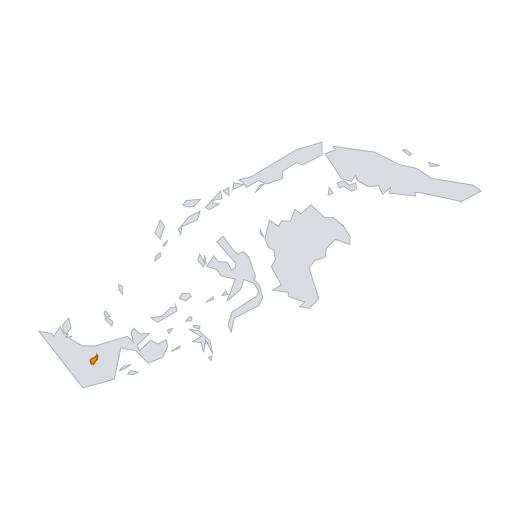 location of Lanny Jaya, Papua, Indonesia, rotated 142°
{"feature_id": "22746128B21145180666794", "entity_name": "Lanny Jaya", "entity_type": "district", "adm_level": 2, "iso_a3": "IDN", "parent_name": "Indonesia", "parent_adm1": "Papua", "projection": "natural_earth1", "projection_center": [138.324, -3.957], "detail": "fine", "context": "in_parent", "style": "filled", "palette": "amber", "viewbox_px": 512, "rotation_deg": 142, "n_neighbors": 0, "source": "geoboundaries", "source_scale": "gbopen_adm2", "svg_char_len": 5061}
<svg xmlns="http://www.w3.org/2000/svg" viewBox="0 0 512 512"><g transform="rotate(142 256 256)"><path d="M175.1,207.5L183.4,220.3L195.8,218.7L202.2,212.7L213.1,216.2L221.6,213.8L232.8,183.6L246.4,182.0L252.8,189.2L245.9,189.9L255.4,204.3L252.8,207.5L264.1,219.0L253.9,217.7L250.6,238.3L242.8,241.3L238.4,249.5L241.1,255.2L238.2,264.3L223.4,275.8L220.0,265.5L214.0,267.9L207.6,262.2L196.4,269.0L194.8,261.7L181.1,262.5L178.4,243.9L171.5,238.7L168.5,225.9L169.8,213.4L175.1,207.5ZM38.5,168.5L60.5,172.5L88.4,205.7L91.8,208.4L93.4,205.0L112.2,223.5L107.6,227.4L118.3,226.6L116.1,236.2L124.9,241.3L129.5,252.9L127.7,258.4L134.8,256.1L141.0,264.1L138.6,293.9L128.0,290.7L127.7,294.9L98.5,264.7L86.3,238.9L75.3,226.0L70.0,209.3L41.6,178.5L38.5,168.5ZM473.5,258.6L473.5,330.3L464.3,320.2L465.3,317.2L453.7,320.6L455.6,313.4L452.3,309.7L453.4,309.2L455.3,309.5L456.4,309.1L450.9,306.3L453.4,305.4L448.5,292.4L438.4,284.3L406.9,271.9L405.6,263.5L401.5,272.8L396.8,274.5L395.3,266.1L387.8,260.6L404.3,258.7L406.4,253.0L391.0,254.5L387.4,247.0L378.5,245.5L381.0,239.3L391.8,233.7L406.9,238.0L409.0,255.3L419.1,266.9L443.4,246.2L473.5,258.6ZM320.4,218.9L309.5,226.5L279.3,224.0L275.6,226.9L274.4,236.0L280.2,244.9L288.8,239.0L306.5,238.4L286.7,250.5L295.7,261.9L295.3,269.7L301.3,278.2L289.1,282.3L289.3,274.9L282.4,268.6L283.9,260.1L280.1,259.2L276.4,262.3L278.1,291.4L269.8,291.7L270.3,274.3L268.8,268.5L263.1,267.3L262.3,259.8L269.1,239.8L272.3,239.3L271.2,230.8L276.4,219.1L284.1,215.2L311.2,220.5L322.5,211.3L320.4,218.9ZM141.7,295.0L163.2,299.1L166.6,304.7L183.2,306.4L187.0,300.6L203.3,306.2L207.9,314.2L221.2,315.7L221.1,322.5L223.0,326.5L210.3,321.2L159.5,315.0L134.1,305.2L141.7,295.0ZM347.4,220.5L356.6,212.5L352.5,221.7L358.6,227.5L348.9,226.5L354.0,239.7L347.1,232.5L344.6,217.3L350.4,205.6L347.4,220.5ZM351.9,261.4L374.5,264.3L376.8,272.3L367.6,266.5L355.0,267.8L351.3,264.6L349.1,268.4L351.9,261.4ZM300.8,324.7L284.3,328.3L272.6,325.7L280.1,320.6L296.5,324.9L302.0,319.2L300.8,324.7ZM253.0,319.6L264.2,321.3L266.1,325.4L244.0,329.1L247.5,322.0L255.1,326.0L257.6,324.5L253.0,319.6ZM321.1,328.4L321.6,336.4L309.2,343.5L309.7,335.8L321.1,328.4ZM140.9,248.2L144.0,257.0L148.4,258.2L147.0,263.7L140.6,261.0L138.5,253.9L132.3,252.3L135.4,247.2L140.9,248.2ZM450.3,321.0L441.9,322.3L446.0,313.2L452.5,311.3L454.6,314.6L450.3,321.0ZM274.6,333.2L279.8,337.0L282.2,341.2L277.1,342.7L264.7,334.8L274.6,333.2ZM339.2,263.9L342.7,269.9L337.6,272.0L331.5,267.5L331.8,264.0L339.2,263.9ZM221.8,319.8L233.6,322.5L228.4,327.4L221.8,319.8ZM240.2,320.2L242.0,327.8L235.1,326.7L240.2,320.2ZM161.7,259.5L156.0,265.2L156.4,258.1L161.7,259.5ZM412.6,289.6L414.0,299.2L411.4,299.6L409.1,292.7L412.6,289.6ZM217.9,306.5L208.9,309.4L205.1,307.8L217.9,306.5ZM304.2,280.0L304.3,288.6L299.2,292.2L301.1,280.7L304.2,280.0ZM55.5,214.1L63.6,219.1L62.6,223.6L55.5,214.1ZM75.4,249.4L72.2,247.6L70.7,240.5L73.2,240.3L75.4,249.4ZM381.9,318.0L380.1,314.5L384.8,308.2L384.7,313.9L381.9,318.0ZM372.5,230.6L381.8,233.0L371.3,232.1L372.5,230.6ZM315.9,248.1L324.4,250.5L315.1,250.3L315.9,248.1ZM300.2,284.2L295.7,288.4L299.7,280.7L300.2,284.2ZM420.3,237.0L425.2,237.8L429.8,241.9L425.4,242.8L420.3,237.0ZM338.9,314.3L335.8,317.4L329.4,317.8L331.0,314.3L338.9,314.3ZM412.3,300.8L410.3,305.3L408.1,305.1L408.3,298.0L412.3,300.8ZM351.5,248.1L345.8,248.9L344.2,247.3L346.6,244.5L351.5,248.1ZM421.2,247.4L428.1,248.1L434.7,249.7L428.4,250.7L421.2,247.4ZM301.5,242.9L307.3,245.8L301.3,247.3L301.5,242.9ZM355.9,205.3L352.1,204.5L355.8,201.2L355.9,205.3ZM316.0,322.6L322.3,320.0L323.1,321.6L316.0,322.6ZM372.4,248.5L371.4,252.4L366.6,250.4L369.0,249.2L372.4,248.5ZM238.9,271.3L236.4,274.0L238.4,265.7L238.9,271.3ZM345.9,233.3L348.9,238.7L347.7,239.6L343.3,235.3L345.9,233.3Z" fill="#d9dde1" stroke="#a8b0b8" stroke-width="1"/><path d="M451.0,271.5L451.0,271.4L451.0,271.2L451.0,270.9L450.9,270.9L450.6,270.9L450.3,270.9L450.2,270.9L449.9,271.0L449.7,271.1L449.4,271.2L449.2,271.2L449.0,271.4L449.0,271.5L448.9,271.5L448.7,271.5L448.5,271.4L448.4,271.4L448.2,271.4L448.1,271.5L447.9,271.7L447.8,271.8L447.6,271.9L447.4,272.0L447.2,272.1L446.8,272.1L446.6,272.1L446.4,272.1L446.1,272.1L445.7,272.1L445.3,272.1L445.0,272.3L444.8,272.4L444.8,272.5L444.7,272.6L444.7,272.8L444.7,273.0L444.7,273.3L444.6,273.5L444.3,273.5L444.0,273.6L443.9,273.6L443.7,273.6L443.2,273.9L443.0,274.0L442.9,274.0L442.7,274.3L442.5,274.5L442.4,274.8L442.4,275.0L442.2,275.8L442.3,275.7L442.5,275.6L442.8,275.5L443.1,275.4L443.3,275.4L443.5,275.4L443.7,275.6L443.8,275.6L444.2,275.5L444.6,275.5L445.0,275.4L445.3,275.4L445.9,275.4L446.1,275.4L446.4,275.4L446.8,275.4L447.2,275.5L447.5,275.6L448.0,276.0L448.4,276.0L448.7,275.9L448.8,275.9L449.1,275.9L449.4,275.9L449.6,276.0L449.9,276.0L450.0,276.0L450.5,276.0L450.8,275.9L450.9,275.7L451.0,275.2L451.2,274.8L451.3,274.8L451.4,274.2L451.5,274.1L451.6,273.7L451.8,273.5L451.9,273.3L452.0,273.2L452.1,272.9L452.1,272.7L452.0,272.4L452.1,272.2L451.9,272.2L451.7,272.2L451.4,272.2L451.2,272.2L451.0,271.8L451.0,271.7L451.0,271.5Z" fill="#f59e0b" stroke="#b45309" stroke-width="1.5"/></g></svg>